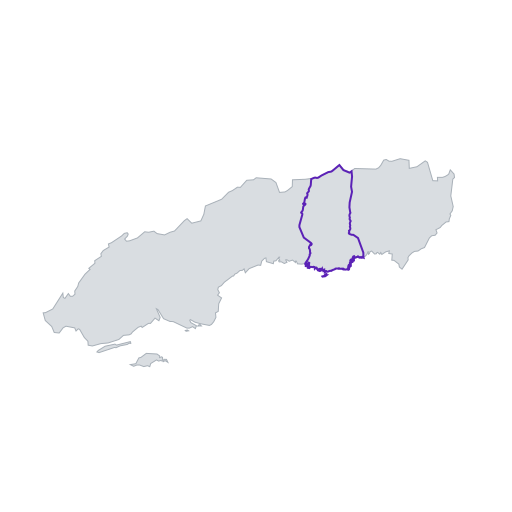 Västerbotten highlighted on a map of Sweden, rotated 54°
{"feature_id": "SWE-192", "entity_name": "Västerbotten", "entity_type": "County", "adm_level": 1, "iso_a3": "SWE", "parent_name": "Sweden", "parent_adm1": "", "projection": "orthographic", "projection_center": [19.633, 64.883], "detail": "fine", "context": "in_parent", "style": "outline", "palette": "violet", "viewbox_px": 512, "rotation_deg": 54, "n_neighbors": 0, "source": "natural_earth", "source_scale": "10m", "svg_char_len": 9333}
<svg xmlns="http://www.w3.org/2000/svg" viewBox="0 0 512 512"><g transform="rotate(54 256 256)"><path d="M164.3,348.2L165.1,352.3L167.9,352.1L169.4,349.4L171.7,341.3L171.0,331.8L173.7,328.9L175.9,324.0L179.7,322.9L185.2,317.6L186.3,311.5L187.9,307.2L185.3,293.2L185.3,289.8L191.7,288.7L195.2,280.0L191.6,273.7L185.8,267.5L189.9,250.4L188.3,240.7L189.2,236.7L189.4,230.6L191.3,228.3L189.3,219.0L192.9,213.2L192.8,209.9L202.6,198.5L208.3,196.7L218.4,199.6L221.2,194.9L221.5,192.2L221.2,185.9L215.8,181.7L222.9,171.0L228.6,160.5L230.4,149.9L231.8,145.5L231.5,135.0L237.8,134.3L243.6,130.4L243.2,124.7L256.2,107.9L256.7,104.9L256.0,101.8L253.5,96.3L254.5,93.9L257.6,92.6L259.3,90.3L262.0,82.2L268.5,76.0L275.2,80.5L278.4,73.3L278.5,63.2L281.0,62.2L299.0,68.7L302.0,64.9L299.0,63.0L302.0,58.9L302.8,56.4L303.1,53.5L303.0,51.9L300.5,48.2L306.1,47.6L309.2,49.3L309.5,51.6L321.9,63.1L331.9,67.4L334.8,70.7L336.0,74.4L337.6,74.5L339.6,77.8L341.6,79.7L340.2,82.2L340.5,87.7L341.2,90.2L340.5,95.0L343.8,96.0L344.5,98.9L342.9,101.9L343.3,105.1L348.2,114.7L347.3,118.0L347.2,122.0L345.4,125.1L345.2,128.2L345.8,132.1L346.6,134.0L348.6,135.2L352.5,145.6L349.2,146.5L346.5,145.2L340.7,146.9L339.2,148.6L334.5,144.6L332.0,147.1L330.2,145.1L328.9,148.6L328.7,153.3L326.5,153.0L327.3,154.8L324.5,155.5L324.3,156.3L324.9,157.4L324.1,158.9L320.0,159.5L319.5,161.1L320.7,162.9L320.7,164.0L318.1,162.4L320.0,165.7L320.4,168.2L315.0,178.2L316.9,180.8L318.6,186.3L320.3,188.8L319.7,191.4L313.8,197.8L310.5,207.4L303.0,213.9L299.0,215.5L296.4,220.1L293.3,218.7L293.2,221.3L291.3,219.6L289.6,223.6L286.8,227.0L283.8,226.4L283.4,227.0L284.4,227.9L280.8,228.8L279.7,232.3L277.1,233.2L276.6,234.3L279.3,234.6L278.7,237.5L275.6,238.9L274.4,240.7L273.1,240.6L273.4,239.2L271.4,239.2L270.8,237.6L270.4,238.0L271.6,242.7L270.6,244.6L272.4,246.5L266.7,250.9L263.4,249.1L262.9,250.4L263.5,254.4L266.3,257.7L264.5,259.7L262.2,268.9L263.3,274.5L259.4,273.2L259.6,275.3L258.3,277.7L258.7,281.4L258.2,283.7L259.0,285.9L258.4,286.9L258.6,297.0L259.6,301.4L259.1,304.8L260.7,306.7L264.2,307.2L265.1,310.1L269.7,308.5L272.7,314.2L278.6,319.1L278.2,322.2L282.1,324.5L284.3,328.8L285.2,332.3L284.8,334.5L278.6,340.3L273.8,344.2L268.8,346.5L269.1,347.4L271.5,347.9L277.4,345.2L279.1,347.7L275.9,348.8L275.2,352.2L273.7,354.3L260.3,361.6L258.5,364.0L252.4,367.6L241.8,366.8L240.1,367.6L249.3,369.6L251.3,372.6L246.9,374.2L248.5,381.0L247.3,382.6L246.9,390.1L245.3,390.1L244.4,393.2L244.9,400.7L245.6,402.8L245.2,405.0L242.3,409.9L242.9,416.0L239.4,426.8L235.7,433.0L232.6,441.3L229.5,444.2L226.2,442.1L221.0,442.8L211.7,441.8L210.4,442.6L210.9,445.7L207.6,444.9L201.1,451.0L200.7,454.2L202.6,460.5L199.3,464.2L193.0,462.7L184.3,464.4L176.9,461.6L178.1,459.6L179.4,451.6L172.5,434.1L176.3,436.3L178.0,435.5L176.1,429.9L179.5,429.9L180.8,428.1L180.5,424.9L177.8,423.2L175.9,418.1L173.6,415.3L170.2,405.0L169.3,398.1L167.7,398.5L167.2,390.6L165.0,389.2L165.4,381.3L163.0,380.2L161.8,376.4L162.4,369.6L159.5,368.3L160.3,365.1L160.8,353.0L160.3,349.2L161.5,346.5L163.1,346.5L164.3,348.2ZM286.0,393.6L284.6,394.4L283.8,396.5L281.6,397.6L281.1,404.4L283.1,407.0L281.0,408.2L279.5,411.8L275.8,414.2L274.2,416.4L273.3,419.8L270.0,421.5L272.5,416.5L269.6,410.7L270.4,408.6L270.3,402.0L277.1,393.7L280.2,392.7L281.5,393.7L282.1,391.6L283.1,391.2L286.0,393.6ZM241.9,439.8L240.1,441.1L239.7,439.0L240.3,431.1L244.4,421.9L246.1,421.2L251.1,408.7L251.6,407.9L253.1,408.7L252.0,409.9L251.9,412.1L248.8,418.8L247.9,423.2L246.8,424.2L241.9,439.8ZM287.3,391.0L287.0,392.9L285.4,391.3L287.0,389.2L290.2,389.8L287.3,391.0ZM280.5,341.3L278.4,344.3L278.1,343.0L278.5,341.6L280.5,341.3ZM275.8,356.8L274.7,357.0L275.5,355.0L276.9,354.5L275.8,356.8Z" fill="#d9dde1" stroke="#a8b0b8" stroke-width="1"/><path d="M226.2,166.1L226.3,165.8L226.9,163.0L227.2,162.3L227.5,161.8L228.6,160.9L229.1,160.0L229.3,158.6L229.3,156.9L229.4,155.5L230.6,148.2L230.8,147.8L231.8,145.8L232.0,145.2L232.0,143.9L231.4,135.1L237.9,134.8L243.5,131.4L243.7,131.0L243.7,130.3L243.6,129.3L243.6,128.9L248.2,131.6L255.8,138.3L260.5,140.6L267.7,148.7L271.5,151.8L276.4,154.3L276.6,154.3L276.9,155.0L277.4,155.9L278.1,156.6L278.8,157.0L280.1,157.5L280.9,158.4L281.4,158.7L283.2,158.8L283.4,158.9L283.5,159.1L284.0,160.0L284.7,160.9L286.8,161.9L287.5,162.9L288.9,163.3L289.6,163.9L289.9,164.4L290.1,164.9L290.2,165.9L290.5,166.1L290.8,166.1L291.2,166.3L291.3,166.4L291.9,166.9L291.9,167.3L292.2,167.5L292.4,167.6L292.8,167.5L293.5,167.2L295.1,166.1L296.1,164.8L301.4,162.9L316.4,167.2L320.1,169.8L320.6,170.0L320.3,170.2L319.2,170.2L319.1,170.5L319.2,170.9L319.6,171.5L319.2,171.9L318.7,171.7L318.5,171.9L318.5,172.2L318.0,172.6L318.0,172.9L318.2,173.2L318.0,173.4L316.4,173.6L316.2,173.7L316.2,173.9L316.4,174.3L316.3,174.7L316.1,175.1L315.9,175.3L315.9,176.2L315.7,176.6L315.4,176.8L315.5,177.4L315.3,177.5L314.9,177.8L314.6,177.8L314.4,177.6L314.3,177.3L314.3,176.9L314.2,176.7L313.8,176.7L313.7,177.1L313.6,177.5L313.7,177.9L313.9,178.1L314.3,178.2L314.2,178.7L314.5,178.9L314.7,179.1L315.2,179.1L316.0,178.8L316.9,179.1L317.2,179.4L317.3,179.8L317.1,180.0L316.5,180.0L316.2,180.1L316.5,180.6L316.7,181.0L317.4,181.5L317.1,181.8L317.1,182.2L317.3,182.4L317.3,182.6L316.9,182.4L316.3,181.7L316.0,181.6L315.7,181.3L315.4,180.9L315.1,180.5L314.8,180.7L314.7,181.1L314.7,181.6L314.9,182.1L315.1,182.4L315.5,182.6L315.9,182.6L316.3,182.7L316.6,183.3L316.3,183.3L316.4,183.6L316.5,183.9L316.8,184.1L317.2,184.2L317.3,184.3L317.5,184.8L317.7,185.0L317.9,185.4L318.0,185.5L318.1,185.4L318.1,185.1L318.2,184.7L318.3,184.3L318.5,184.5L318.8,184.9L319.1,185.5L319.4,185.7L319.5,184.9L319.8,185.1L319.8,185.9L320.0,186.3L320.2,186.5L320.4,186.6L320.7,186.5L320.3,186.9L320.1,187.0L320.0,186.9L319.6,186.2L318.9,186.8L318.5,187.0L318.3,186.7L318.2,186.4L318.0,186.5L318.2,186.8L318.5,187.4L318.7,187.5L319.0,187.2L319.5,187.1L319.7,187.3L319.9,188.0L319.7,188.5L319.8,188.8L320.0,189.0L320.3,189.0L320.5,188.6L321.1,188.7L321.0,188.2L321.3,188.4L321.5,188.6L321.5,189.1L321.4,189.4L321.1,189.4L320.8,189.8L320.4,190.0L319.6,191.6L319.0,192.2L318.8,192.6L318.5,192.9L318.2,192.6L317.9,192.2L317.7,191.9L317.8,192.4L317.7,193.0L317.8,193.1L317.9,193.4L317.7,193.5L317.4,193.8L317.1,193.9L316.9,193.7L315.1,196.4L314.6,196.2L314.5,196.4L314.2,197.3L313.1,198.7L312.9,199.3L313.1,199.8L313.0,200.3L312.5,201.7L312.4,202.2L312.5,202.1L312.5,202.5L312.4,202.7L312.3,202.9L312.3,203.5L312.3,203.8L312.2,203.9L312.1,204.0L311.9,204.4L311.6,204.6L311.4,205.0L310.9,207.1L310.7,207.4L310.1,208.0L309.5,208.0L309.4,208.2L309.3,208.6L309.4,208.8L309.6,208.9L309.8,208.8L309.6,209.6L309.4,209.9L309.2,209.8L308.9,209.1L308.8,208.9L308.5,208.9L307.9,209.6L307.8,210.0L307.7,210.3L307.4,210.1L307.6,209.8L307.5,209.5L307.4,209.3L307.0,208.9L306.4,210.4L306.1,210.8L305.8,210.6L305.9,210.8L305.8,211.4L306.0,212.3L305.9,212.6L305.7,213.0L305.6,213.3L305.4,213.4L305.2,213.3L305.1,213.0L305.0,212.7L305.1,212.2L305.1,211.9L305.0,211.5L304.8,211.1L304.6,211.0L304.5,211.5L304.6,213.3L304.4,214.1L304.2,214.2L303.9,213.6L303.8,213.3L304.1,212.5L304.1,212.1L304.1,211.7L303.8,212.1L303.6,212.8L303.4,213.5L303.5,214.2L303.2,214.2L302.3,214.2L301.8,214.5L301.7,214.4L301.5,213.9L301.2,213.8L300.9,213.9L300.7,214.1L300.5,214.4L300.3,214.8L300.4,215.1L300.6,215.8L299.5,215.2L299.3,215.2L299.1,215.5L298.6,215.7L298.5,215.9L298.3,216.7L297.8,217.2L297.3,217.7L296.8,218.2L296.8,218.5L297.0,219.3L297.1,220.0L296.7,220.3L296.1,221.0L295.9,221.1L295.2,220.6L295.2,220.2L295.3,219.9L295.2,219.6L294.9,219.4L295.0,218.9L294.8,218.8L294.4,218.3L293.7,218.0L293.5,217.8L293.2,217.3L292.9,217.0L292.6,217.1L292.2,217.4L292.5,217.7L292.9,217.9L292.7,218.7L292.9,218.9L293.2,219.0L293.6,219.4L293.3,219.7L292.8,219.8L293.5,221.0L293.5,221.6L293.4,221.7L293.1,221.5L292.7,221.1L291.6,219.6L291.2,219.4L291.2,219.6L291.5,220.6L291.3,220.8L291.0,220.5L290.8,220.2L290.7,220.0L289.3,216.0L287.6,212.9L287.1,212.2L286.8,211.9L286.2,211.6L286.0,211.0L285.9,210.5L285.6,210.2L285.3,210.1L284.8,210.1L284.5,210.0L284.2,209.8L283.9,209.4L283.6,209.2L283.0,209.0L282.3,208.6L282.1,208.5L281.1,208.6L280.8,208.5L280.0,207.9L279.8,207.7L279.7,207.5L279.6,207.2L278.8,205.5L278.7,205.3L278.8,205.2L279.3,205.2L279.5,205.0L279.4,204.6L279.3,204.2L278.8,203.8L277.9,203.8L269.2,206.5L258.1,203.9L256.5,202.7L249.9,194.4L249.4,193.9L249.0,193.7L248.5,193.7L247.5,194.0L247.3,193.8L247.1,193.1L246.8,191.9L246.3,191.1L243.8,188.7L243.6,188.1L243.4,187.4L243.4,186.2L243.3,185.8L243.0,185.4L242.5,185.5L242.2,186.3L241.9,187.2L241.6,187.3L241.4,187.2L241.3,186.6L241.2,186.0L241.2,185.9L241.0,185.4L240.6,185.0L238.5,182.8L238.3,182.4L237.8,181.8L237.7,181.5L237.8,181.3L238.6,180.9L238.7,180.7L238.2,180.2L237.8,179.7L237.5,179.1L237.3,178.9L236.8,178.4L236.3,178.0L235.5,177.9L235.4,177.8L235.3,177.7L235.1,177.2L234.9,176.0L234.8,175.5L234.6,175.1L234.3,174.9L233.9,174.6L233.2,174.3L232.9,173.9L232.0,172.1L231.7,171.3L231.5,170.9L230.8,170.0L226.2,166.1ZM312.3,211.0L312.6,210.8L313.0,210.3L313.0,210.5L313.1,210.8L313.0,211.0L312.9,211.2L313.0,211.7L313.0,212.1L312.8,212.5L312.4,212.9L312.0,213.1L312.0,212.8L312.2,211.3L312.3,211.0ZM311.6,210.5L312.0,209.6L312.5,209.7L312.8,210.3L312.1,210.9L312.2,210.7L312.1,210.4L311.6,210.5ZM312.1,213.5L312.1,213.8L312.0,214.1L311.8,214.3L311.5,214.3L311.6,214.0L312.1,213.3L312.1,213.5Z" fill="none" stroke="#5b21b6" stroke-width="2"/></g></svg>